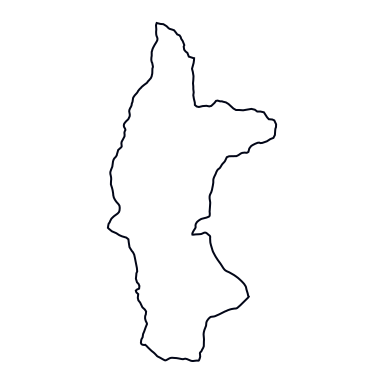 Chapchha, Chhukha, Bhutan (Albers equal-area conic projection)
{"feature_id": "84629894B72576514572529", "entity_name": "Chapchha", "entity_type": "district", "adm_level": 2, "iso_a3": "BTN", "parent_name": "Bhutan", "parent_adm1": "Chhukha", "projection": "albers", "projection_center": [89.567, 27.211], "detail": "fine", "context": "isolated", "style": "outline", "palette": "ink", "viewbox_px": 384, "rotation_deg": 0, "n_neighbors": 0, "source": "geoboundaries", "source_scale": "gbopen_adm2", "svg_char_len": 6040}
<svg xmlns="http://www.w3.org/2000/svg" viewBox="0 0 384 384"><path d="M248.8,296.5L248.2,295.9L247.7,293.5L246.5,289.6L246.0,287.2L245.7,286.4L244.8,285.0L244.4,284.3L243.4,283.1L241.7,281.3L239.9,279.6L238.1,278.0L236.1,276.5L234.1,275.1L232.0,273.9L229.2,272.3L226.9,271.3L226.2,270.9L225.5,270.5L224.9,270.0L224.3,269.4L223.3,268.1L220.7,264.0L217.8,260.0L215.6,256.6L214.4,254.4L213.3,252.3L212.9,251.5L212.4,250.0L211.0,245.3L210.6,243.7L210.4,242.9L210.3,242.1L210.2,240.4L210.1,238.0L210.2,237.2L210.1,236.4L209.7,235.7L208.4,234.7L207.2,233.6L206.5,233.1L205.8,232.7L205.0,232.6L204.2,232.7L203.5,233.0L202.0,233.7L201.2,234.0L200.4,234.1L199.6,234.2L195.6,234.4L193.1,234.7L192.4,234.6L192.3,233.8L192.5,233.0L192.8,232.3L193.6,230.8L194.0,230.1L194.9,228.8L195.3,228.1L195.6,227.3L195.6,226.5L195.5,225.6L195.6,224.8L195.8,224.0L196.2,223.3L196.6,222.6L197.1,221.9L197.7,221.4L198.9,220.4L200.3,219.5L201.0,219.1L201.8,218.8L203.3,218.4L205.7,217.8L206.5,217.6L208.0,217.0L208.8,216.7L209.4,216.2L209.7,215.4L209.8,213.8L209.6,211.4L209.7,210.5L210.1,204.8L210.2,203.2L210.2,202.4L210.1,201.6L209.7,199.1L209.6,198.3L209.6,197.5L209.6,196.7L209.7,195.9L209.9,195.1L210.2,194.3L211.3,192.1L211.5,191.4L212.0,189.8L212.3,188.2L212.8,185.8L213.2,183.3L213.3,182.5L213.3,180.1L213.4,179.3L213.6,178.5L213.9,177.7L214.2,176.9L215.6,174.0L216.5,171.7L216.9,171.0L217.3,170.3L217.8,169.6L218.4,169.1L219.1,168.6L219.7,168.1L220.2,167.5L221.9,164.7L222.4,164.0L224.1,162.2L224.6,161.6L225.1,160.9L225.4,160.2L226.1,158.7L226.8,157.2L227.5,156.9L229.0,156.3L231.3,156.2L233.1,156.2L236.5,156.1L238.5,155.1L240.8,153.5L242.2,152.9L244.6,152.6L246.5,152.8L247.3,152.6L248.4,151.9L249.3,148.5L251.0,146.2L252.4,145.2L255.1,143.8L257.6,142.8L259.2,142.6L260.4,143.1L262.3,142.9L266.9,141.3L270.3,139.1L273.4,137.9L274.9,135.0L275.2,130.4L275.4,128.7L276.0,127.1L276.1,124.3L274.3,120.4L272.3,119.5L268.8,119.2L267.1,117.3L263.9,112.3L260.3,111.5L257.2,111.5L254.8,109.7L251.4,108.9L243.1,110.3L239.2,110.0L236.0,110.0L233.4,108.5L228.5,104.0L225.9,102.4L223.0,101.7L221.9,101.3L220.0,101.3L217.6,100.6L216.0,100.9L214.5,102.9L211.3,105.9L209.3,106.4L206.4,105.8L202.6,106.1L198.9,107.0L196.7,106.5L194.9,105.0L194.8,102.5L193.9,98.8L193.3,95.2L193.7,92.3L193.3,89.0L193.3,86.4L193.0,83.3L193.3,80.2L193.5,76.1L192.8,71.8L192.0,68.8L193.6,63.0L194.0,60.2L194.1,58.2L193.4,58.1L188.8,56.6L187.4,52.9L185.6,51.5L184.2,49.7L183.7,46.6L184.3,45.1L182.7,41.0L181.2,38.8L180.7,37.1L179.6,35.4L177.2,34.4L176.0,32.7L174.1,30.3L172.5,29.7L169.5,28.8L168.5,28.1L166.6,26.2L163.4,24.2L160.2,23.9L156.7,23.0L156.3,24.1L156.0,25.3L156.3,29.3L156.1,31.9L156.2,34.3L156.5,35.8L157.2,37.5L157.5,38.9L157.4,39.4L157.3,40.2L156.8,41.3L156.0,42.7L154.8,44.6L153.7,46.6L152.8,48.4L152.3,49.8L152.0,51.1L151.7,51.9L151.7,55.7L151.6,56.4L151.4,57.6L151.3,59.6L151.4,60.6L151.7,61.9L151.9,62.4L152.2,62.9L152.9,66.4L152.9,67.1L152.4,68.6L152.3,72.7L152.2,73.9L151.9,75.0L151.7,76.2L151.4,76.9L150.8,78.2L150.3,78.8L149.7,79.4L149.1,80.2L147.7,81.6L147.3,82.5L145.8,83.7L144.8,84.4L143.5,85.4L141.6,87.0L141.1,87.7L139.7,89.0L138.1,91.0L137.6,92.0L136.9,93.0L134.7,95.4L133.6,97.0L133.2,97.7L133.0,98.5L132.5,101.9L132.1,102.8L131.7,104.0L131.7,104.8L131.3,106.0L131.0,106.7L129.9,108.6L129.7,109.3L129.4,109.9L129.2,111.3L129.3,111.9L129.7,114.0L129.8,114.8L129.7,116.0L129.6,116.5L128.9,117.9L128.6,118.7L128.1,119.4L126.2,121.2L125.0,122.6L124.3,123.6L124.0,124.2L123.8,125.7L123.9,126.2L124.0,126.8L124.4,127.5L124.9,128.4L125.2,129.0L125.4,130.0L124.7,131.4L124.4,132.8L124.6,134.7L124.5,136.4L122.9,139.5L121.7,141.7L121.4,143.2L121.7,146.3L121.3,147.2L118.2,150.0L117.4,152.8L116.9,154.4L116.8,155.2L115.9,156.7L114.3,158.4L113.6,159.6L113.0,161.5L112.8,163.1L112.3,166.7L111.2,169.4L110.4,171.8L110.3,172.8L110.4,174.2L110.6,174.9L111.1,177.4L111.2,179.3L111.0,181.3L110.9,184.4L112.0,187.8L112.6,190.2L113.1,193.2L113.3,195.5L113.5,196.1L113.8,197.5L114.8,199.5L115.5,200.6L116.6,202.1L118.5,204.2L119.4,205.6L119.5,206.1L119.7,207.3L119.7,208.7L119.5,210.5L119.0,212.0L117.8,213.4L116.6,214.3L114.8,215.6L114.0,216.2L112.8,217.3L111.4,218.7L110.0,221.4L109.6,222.5L108.7,223.6L108.3,225.2L107.9,227.8L109.0,228.9L111.9,231.3L116.3,233.2L119.2,235.1L121.9,236.3L126.3,237.6L128.4,239.3L128.8,242.6L129.5,247.2L131.8,250.9L133.0,252.3L134.2,254.7L134.9,257.9L136.9,268.0L137.2,271.4L136.4,273.3L136.3,274.8L135.9,278.7L137.0,282.3L138.6,284.0L139.4,286.0L139.1,288.6L136.7,289.7L135.8,290.7L136.4,292.4L138.2,294.1L137.8,297.9L138.4,300.4L140.1,302.5L142.4,307.3L144.8,309.5L146.1,311.5L145.8,314.5L145.3,315.6L145.1,316.9L145.1,318.6L145.7,320.8L146.8,323.1L147.0,324.0L145.7,327.2L144.1,331.7L143.1,334.0L142.6,337.3L141.5,339.2L141.2,340.3L140.9,342.9L141.4,344.0L142.0,344.5L142.8,344.8L143.6,344.9L144.4,345.0L145.2,344.8L145.8,345.3L146.4,345.8L148.1,347.6L150.5,349.9L151.7,351.0L153.6,352.5L154.8,353.6L156.5,355.4L157.0,356.0L157.7,356.5L159.9,357.6L162.7,359.2L164.2,360.0L164.9,360.3L165.7,360.3L166.5,360.0L169.4,358.4L170.1,358.1L170.9,357.9L171.7,357.8L172.5,357.8L175.0,358.0L176.6,358.1L179.0,358.5L181.4,359.0L182.2,359.1L183.0,359.2L183.8,359.0L184.6,358.8L185.4,358.7L186.2,358.9L187.0,359.1L190.8,360.7L191.6,360.9L192.4,361.0L193.2,361.0L194.0,360.9L196.5,360.6L197.3,360.6L198.2,360.7L198.8,360.5L199.2,359.8L199.8,358.2L200.2,356.6L200.1,355.8L200.1,355.0L199.9,353.4L200.0,352.8L200.4,352.2L200.9,351.8L201.3,351.4L202.0,349.9L203.2,347.8L203.5,347.0L203.8,346.2L203.9,341.3L204.0,339.7L203.9,338.1L203.6,334.8L203.6,334.0L203.7,333.2L203.8,332.4L204.0,331.5L204.4,330.0L205.6,326.9L205.9,326.2L206.1,325.4L206.3,322.9L206.5,322.1L206.8,321.3L207.2,320.6L207.7,319.9L208.2,319.2L208.7,318.6L209.3,318.0L209.9,317.5L210.5,317.0L211.3,316.8L213.8,316.5L214.6,316.3L215.3,316.1L216.8,315.4L219.1,314.4L224.9,311.5L226.4,310.9L227.9,310.2L230.2,309.4L231.8,309.0L234.2,308.6L235.8,308.5L236.6,308.3L237.3,307.9L237.9,307.4L240.4,305.2L241.0,304.6L248.0,297.7L248.5,297.1L248.8,296.5Z" fill="none" stroke="#020617" stroke-width="2"/></svg>